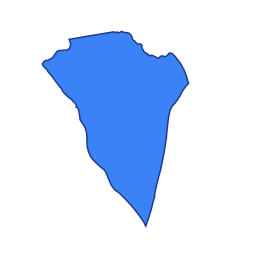 the district of Barcarena, Pará, Brazil, rotated 167°
{"feature_id": "56859067B39464629703373", "entity_name": "Barcarena", "entity_type": "district", "adm_level": 2, "iso_a3": "BRA", "parent_name": "Brazil", "parent_adm1": "Pará", "projection": "robinson", "projection_center": [-48.636, -1.446], "detail": "fine", "context": "isolated", "style": "filled", "palette": "blue", "viewbox_px": 256, "rotation_deg": 167, "n_neighbors": 0, "source": "geoboundaries", "source_scale": "gbopen_adm2", "svg_char_len": 2414}
<svg xmlns="http://www.w3.org/2000/svg" viewBox="0 0 256 256"><g transform="rotate(167 128 128)"><path d="M165.4,227.6L165.2,226.5L165.2,225.2L165.0,223.8L164.9,222.6L165.5,221.6L166.6,219.3L168.1,218.3L169.2,217.9L170.4,217.5L171.8,218.1L173.2,218.4L174.3,218.3L177.2,218.9L178.5,218.9L179.5,218.7L181.0,217.7L181.8,216.9L185.8,213.4L186.9,212.9L188.1,212.9L189.3,212.6L190.3,211.9L191.5,211.9L192.6,212.4L194.3,212.0L195.2,211.3L196.3,210.6L197.1,209.5L196.8,208.1L196.0,206.4L194.0,203.1L193.1,200.5L192.4,199.3L191.8,197.9L191.0,196.7L190.1,194.5L188.6,191.3L188.0,189.5L186.5,186.8L186.0,185.2L185.4,183.6L184.6,182.6L184.0,181.5L183.4,178.7L182.7,177.1L182.1,175.9L181.2,174.6L180.6,173.5L179.9,172.6L178.9,171.0L176.9,169.0L176.3,168.0L175.9,166.9L174.9,165.7L174.2,164.4L173.2,161.3L173.8,159.8L172.7,159.6L172.1,156.6L172.2,153.3L172.4,151.3L172.8,146.9L172.0,144.4L171.3,142.6L170.6,140.8L169.6,137.0L169.5,132.1L170.3,127.3L171.4,122.3L172.0,118.1L171.8,113.4L170.7,107.8L168.0,103.0L167.0,101.3L163.5,96.3L160.2,91.9L159.4,89.3L158.6,83.9L157.2,76.2L154.9,70.9L152.3,67.9L150.7,66.0L145.4,57.4L143.0,53.1L141.1,49.6L137.1,41.2L133.8,32.8L132.8,28.4L127.9,36.2L123.4,44.0L119.1,52.5L117.6,55.0L116.7,57.9L114.1,63.8L109.6,72.6L108.7,74.4L105.8,79.6L102.9,85.9L99.0,94.5L96.5,100.5L93.2,108.9L92.7,110.1L91.2,115.0L89.1,120.9L87.7,125.0L85.5,130.7L84.7,132.3L82.9,135.9L80.2,139.2L76.7,141.6L73.4,144.4L69.0,148.8L68.1,149.9L67.4,150.8L65.6,152.7L63.3,154.7L62.3,155.7L60.8,156.7L58.9,157.8L59.2,160.3L59.3,161.6L59.2,162.8L59.4,164.3L59.5,166.0L59.5,167.7L59.9,169.0L60.2,170.8L60.5,172.8L61.0,174.3L61.8,177.2L62.2,178.6L63.5,181.8L64.0,182.8L64.9,184.5L65.6,186.3L67.4,189.4L68.3,190.5L69.5,191.4L71.1,191.7L72.2,190.6L73.2,190.1L74.8,189.3L76.7,189.2L77.6,190.3L78.6,190.6L79.8,190.5L80.7,190.2L81.7,189.5L83.6,189.4L84.4,190.4L85.4,191.3L86.6,192.2L87.8,193.2L89.3,193.7L90.3,193.0L91.1,194.4L92.1,194.6L92.3,195.9L93.6,196.9L94.8,198.1L95.4,199.4L95.6,200.6L96.1,201.8L96.4,203.0L96.3,204.2L95.8,205.4L96.3,206.5L97.4,207.1L98.7,207.5L99.7,207.9L100.6,208.8L101.4,210.0L101.9,211.2L103.0,212.2L103.5,213.2L103.6,215.4L103.9,216.7L104.5,218.3L105.8,220.3L107.1,221.0L108.9,221.6L110.0,221.8L111.1,222.5L112.2,223.6L113.6,223.3L114.8,222.4L116.0,223.3L117.3,224.0L118.4,223.8L119.3,224.2L120.3,224.9L150.7,226.8L153.5,226.9L165.4,227.6Z" fill="#3b82f6" stroke="#1e3a8a" stroke-width="1.5"/></g></svg>